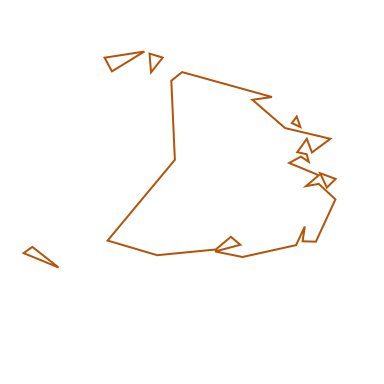 the border of Tasmania, rotated 290°
{"feature_id": "AUS-2660", "entity_name": "Tasmania", "entity_type": "State", "adm_level": 1, "iso_a3": "AUS", "parent_name": "Australia", "parent_adm1": "", "projection": "equal_earth", "projection_center": [146.795, -41.606], "detail": "coarse", "context": "isolated", "style": "outline", "palette": "amber", "viewbox_px": 384, "rotation_deg": 290, "n_neighbors": 0, "source": "natural_earth", "source_scale": "10m", "svg_char_len": 759}
<svg xmlns="http://www.w3.org/2000/svg" viewBox="0 0 384 384"><g transform="rotate(290 192 192)"><path d="M289.3,303.8L270.2,291.2L281.2,281.7L265.4,277.3L266.7,286.8L260.3,291.4L262.5,282.2L252.5,273.4L251.1,305.4L236.5,297.1L243.0,308.4L234.1,329.3L187.7,325.4L183.5,312.8L198.2,309.8L177.7,308.0L148.2,261.7L144.0,234.0L158.9,255.5L163.2,243.9L146.1,234.0L120.7,180.9L117.5,129.3L216.4,164.9L289.5,134.5L301.3,141.7L308.6,234.6L299.3,217.2L283.9,257.7L289.3,303.8ZM307.7,99.2L278.0,75.5L288.3,63.9L307.7,99.2ZM85.8,60.7L75.4,92.5L77.0,54.7L85.8,60.7ZM307.5,104.8L308.3,118.5L290.4,112.6L307.5,104.8ZM253.5,305.9L253.4,322.5L242.3,317.2L253.5,305.9ZM290.9,262.3L298.7,264.6L290.1,271.6L290.9,262.3Z" fill="none" stroke="#b45309" stroke-width="2"/></g></svg>